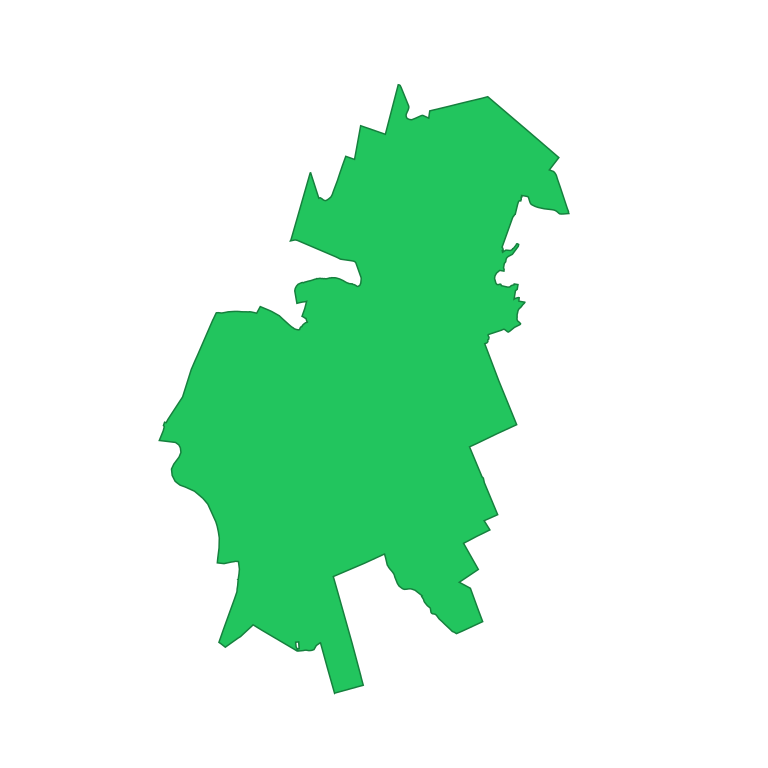 the district of Ciobanu, Constanta, Romania, rotated 253°
{"feature_id": "2599482B30687674073504", "entity_name": "Ciobanu", "entity_type": "district", "adm_level": 2, "iso_a3": "ROU", "parent_name": "Romania", "parent_adm1": "Constanta", "projection": "equal_earth", "projection_center": [28.044, 44.709], "detail": "fine", "context": "isolated", "style": "filled", "palette": "green", "viewbox_px": 768, "rotation_deg": 253, "n_neighbors": 0, "source": "geoboundaries", "source_scale": "gbopen_adm2", "svg_char_len": 6087}
<svg xmlns="http://www.w3.org/2000/svg" viewBox="0 0 768 768"><g transform="rotate(253 384 384)"><path d="M261.7,172.3L259.0,178.5L258.4,185.8L257.9,189.1L258.0,189.7L256.8,192.9L249.2,191.6L245.0,189.9L239.9,187.5L239.8,187.1L239.5,187.3L234.2,185.2L230.9,183.6L229.0,182.9L228.0,182.4L222.2,178.2L212.5,170.9L196.1,158.6L185.2,150.6L183.2,152.2L178.7,155.3L183.6,169.9L184.4,173.0L187.0,178.3L191.1,186.8L192.0,188.4L184.6,194.9L157.0,220.2L154.1,222.8L153.8,223.6L154.0,223.8L154.4,223.5L155.1,223.3L156.2,223.4L158.5,223.1L162.9,224.0L162.3,227.0L155.8,225.5L156.2,223.6L155.0,223.5L154.6,223.6L153.9,224.0L153.7,224.0L152.7,228.8L152.6,230.1L152.3,231.6L151.0,234.2L150.6,235.8L150.4,237.2L150.5,239.4L153.6,242.7L153.8,243.1L155.2,247.4L155.0,247.6L130.4,246.9L102.6,246.3L102.8,246.8L102.0,276.1L111.5,276.4L111.5,276.5L145.1,277.7L198.7,278.9L214.7,279.2L216.2,293.2L218.3,312.9L221.2,334.2L221.2,334.8L217.3,334.7L209.9,334.2L208.3,334.7L207.5,334.8L205.5,335.5L202.6,336.8L201.0,337.4L199.2,337.9L198.2,338.0L196.4,337.9L189.3,338.5L186.4,339.3L183.0,341.7L182.2,342.6L181.6,343.6L181.1,346.0L180.9,347.5L180.5,349.2L179.7,350.7L177.7,353.4L170.3,358.5L169.9,357.9L166.6,358.8L164.3,358.8L163.1,359.1L159.4,360.6L157.6,361.8L157.0,362.3L156.5,362.6L155.7,362.7L152.7,362.3L151.7,362.2L150.8,362.6L150.1,363.2L149.5,364.5L148.7,365.8L148.1,366.2L146.5,366.9L143.3,368.0L139.6,370.2L136.8,371.7L130.2,375.5L127.7,376.8L127.2,377.2L126.0,378.7L124.1,380.3L124.7,385.6L124.7,385.8L127.9,408.9L142.0,408.0L163.4,406.9L172.4,398.0L179.1,420.0L208.4,413.5L211.2,428.2L213.5,442.6L224.0,439.8L225.8,454.5L260.3,451.1L264.9,451.5L266.2,450.9L266.5,450.6L298.9,447.4L299.9,454.9L303.4,477.5L306.3,499.0L353.6,494.7L393.1,492.1L393.2,494.3L394.1,495.7L395.6,496.1L396.1,496.5L396.2,497.2L398.0,498.1L399.9,497.7L400.8,498.1L401.1,511.9L401.4,514.2L401.2,514.9L400.5,515.6L397.7,517.5L397.3,518.2L397.8,519.9L400.0,525.3L401.0,531.2L401.2,531.7L401.6,532.2L401.9,532.2L403.7,531.3L404.9,530.4L405.6,530.2L406.3,530.1L407.1,530.1L408.8,530.8L411.5,531.6L412.2,532.1L415.1,533.7L416.6,535.4L417.2,537.0L418.2,538.5L419.2,539.8L420.3,541.9L420.9,542.6L421.1,542.6L421.4,541.9L423.8,537.2L427.0,538.5L427.4,537.7L427.5,534.6L427.1,533.2L434.8,537.0L435.6,539.1L439.9,541.2L441.6,537.8L440.9,537.5L440.9,534.5L440.0,532.5L440.5,530.6L443.7,525.0L445.1,524.9L445.6,524.2L445.6,522.1L446.3,521.0L447.6,520.5L452.7,520.6L455.0,521.8L457.2,524.1L458.8,527.9L456.9,531.7L458.5,532.4L460.2,532.3L464.1,534.3L465.3,536.1L467.7,537.3L468.8,538.3L469.6,540.0L470.5,544.7L476.4,552.7L478.1,553.6L479.2,552.4L479.2,551.8L478.9,551.4L478.3,551.0L475.9,547.5L475.8,546.6L475.0,545.8L474.7,543.9L476.4,539.7L475.3,535.9L477.1,536.1L477.0,537.1L479.1,537.3L480.3,536.9L505.7,555.8L507.9,558.7L507.9,559.1L516.7,564.3L519.0,565.9L519.7,567.1L519.1,568.3L520.4,569.2L522.6,569.8L522.5,570.5L523.0,570.8L524.0,570.8L522.9,573.1L521.2,576.3L520.8,576.5L519.8,576.7L515.8,576.7L514.3,576.8L513.0,577.2L512.5,577.5L511.2,578.8L509.7,580.4L508.8,581.6L507.8,583.0L506.9,584.6L504.8,588.3L501.6,595.6L500.9,597.0L500.1,598.2L499.3,599.0L498.6,599.6L497.4,600.4L496.2,601.1L495.4,601.7L495.2,602.1L494.6,603.6L494.2,605.1L493.0,610.6L493.9,610.5L494.2,610.6L494.6,610.8L496.0,610.8L496.9,610.7L498.7,610.6L520.6,610.1L528.7,609.8L532.8,609.8L533.8,609.7L535.7,609.2L537.1,608.6L537.9,608.0L538.6,607.0L539.4,606.0L540.4,604.7L540.6,605.0L549.4,617.4L583.4,595.9L628.4,567.2L628.6,561.4L629.3,550.4L630.0,538.6L630.6,527.0L631.8,507.6L625.2,504.5L629.4,499.8L629.7,499.1L629.7,497.9L628.9,491.4L628.6,487.9L628.9,487.0L629.7,485.4L630.8,484.2L631.7,483.6L632.2,483.5L633.9,483.5L635.4,484.1L637.0,485.4L639.1,487.3L640.9,488.5L642.4,488.9L662.4,487.1L664.8,486.7L665.5,486.1L666.0,485.1L622.4,458.3L637.8,437.2L607.4,421.5L612.9,414.0L604.6,407.8L601.8,405.8L598.8,403.6L592.1,398.9L583.3,392.1L580.4,390.0L579.0,388.6L578.3,387.8L577.3,385.5L576.8,384.1L576.4,382.2L576.5,381.5L576.8,381.0L577.2,380.4L577.6,379.9L579.3,378.8L580.7,377.5L580.8,377.3L580.8,376.7L580.7,376.0L607.4,375.6L607.4,375.1L548.6,336.9L548.6,336.6L548.2,336.3L547.9,340.1L547.8,340.9L547.5,341.7L546.7,343.1L519.8,375.0L517.5,377.5L516.6,378.3L516.0,379.1L511.3,389.1L510.4,390.8L509.8,391.6L508.9,392.2L508.1,392.5L504.1,392.7L492.4,393.2L491.8,393.1L490.6,392.7L487.1,391.2L486.9,390.9L486.0,390.3L485.6,389.9L485.1,388.6L484.9,387.8L485.2,386.8L486.8,385.6L487.7,384.6L488.3,383.5L488.7,383.1L489.2,382.8L489.3,382.1L489.7,381.3L490.3,379.9L490.5,379.5L491.2,379.0L491.4,378.4L492.6,377.2L494.9,375.1L497.4,372.3L499.2,369.6L499.8,368.5L501.0,364.9L500.9,364.5L501.1,363.7L501.3,363.4L501.4,360.2L501.8,358.6L502.3,357.7L502.3,357.0L502.8,356.3L503.0,355.3L503.8,353.7L504.1,351.3L504.5,350.6L504.3,349.8L504.4,348.1L504.3,345.9L504.3,343.8L504.5,341.5L504.5,339.9L504.6,337.6L504.4,337.2L504.3,336.6L504.8,336.1L505.0,334.9L504.5,331.0L503.2,328.9L501.4,327.1L499.2,325.9L486.6,324.3L486.5,326.6L486.2,330.1L485.7,332.9L485.7,334.2L479.2,330.2L472.7,325.4L471.8,326.4L469.7,328.1L469.5,328.6L467.8,328.5L466.2,328.6L465.6,328.9L465.4,328.7L465.5,328.0L465.5,326.8L464.6,324.4L464.1,323.5L463.6,322.8L462.9,322.3L462.8,321.0L462.5,320.6L461.7,319.9L460.7,319.2L460.8,317.9L461.9,315.9L463.0,314.4L464.1,313.7L465.7,312.3L468.5,310.5L476.4,305.8L479.9,303.8L486.2,297.8L488.3,295.4L494.2,288.3L488.9,282.9L490.0,281.2L491.7,278.1L492.4,276.6L492.6,275.3L493.5,272.8L494.4,269.9L494.9,268.5L495.8,266.4L496.8,263.4L497.3,261.5L498.6,256.0L498.8,253.9L499.2,250.3L499.4,249.3L500.5,246.8L500.7,246.2L501.1,244.5L501.0,244.3L495.5,239.3L495.5,239.2L466.3,214.3L461.3,209.9L455.6,205.1L454.5,204.1L430.5,187.6L417.0,171.4L413.3,167.0L410.7,164.4L411.6,163.0L408.7,160.9L408.0,161.3L407.4,161.4L403.8,159.2L395.7,152.6L389.1,167.5L385.8,170.0L382.5,170.6L377.9,169.8L374.0,166.6L368.9,159.6L364.8,155.9L358.5,154.7L352.1,155.8L350.1,157.1L346.9,159.4L343.7,163.7L336.9,171.4L327.6,177.4L320.6,180.4L301.4,182.9L296.9,182.9L291.1,182.4L285.0,181.5L275.4,178.3L266.0,174.1L261.7,172.3Z" fill="#22c55e" stroke="#15803d" stroke-width="1.5"/></g></svg>